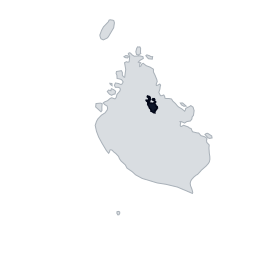 Wanju-gun, North Jeolla, South Korea shown in context, rotated 137°
{"feature_id": "91817680B60221740281290", "entity_name": "Wanju-gun", "entity_type": "district", "adm_level": 2, "iso_a3": "KOR", "parent_name": "South Korea", "parent_adm1": "North Jeolla", "projection": "orthographic", "projection_center": [127.185, 35.873], "detail": "fine", "context": "in_parent", "style": "filled", "palette": "ink", "viewbox_px": 256, "rotation_deg": 137, "n_neighbors": 0, "source": "geoboundaries", "source_scale": "gbopen_adm2", "svg_char_len": 4711}
<svg xmlns="http://www.w3.org/2000/svg" viewBox="0 0 256 256"><g transform="rotate(137 128 128)"><path d="M79.3,64.8L80.1,64.2L80.2,63.2L80.2,60.2L82.5,58.1L85.9,53.9L87.5,51.5L89.4,49.3L91.5,47.8L93.6,47.2L96.9,46.9L103.3,47.1L104.5,46.9L108.9,46.6L110.0,47.0L113.2,47.2L116.7,46.9L118.5,46.3L120.2,45.2L121.6,43.2L123.0,39.6L124.6,36.7L125.5,36.2L132.2,51.2L138.6,60.9L144.1,67.9L152.0,81.4L154.4,88.6L154.7,93.1L156.1,99.3L155.1,102.9L155.6,108.5L155.2,111.4L154.3,113.6L154.3,117.7L154.7,119.8L154.8,122.7L155.4,123.8L156.3,124.2L157.7,123.2L159.4,122.7L159.2,126.2L157.3,135.0L155.6,141.5L153.3,147.1L150.2,152.3L146.4,154.4L143.8,155.2L138.7,155.5L134.4,154.7L130.8,155.4L129.3,156.5L128.3,158.3L129.1,161.1L129.0,163.2L127.5,163.1L124.3,161.9L120.9,161.8L119.3,161.2L117.7,158.2L116.0,158.3L113.1,160.1L108.7,160.6L107.2,161.5L106.7,162.8L107.3,164.3L109.5,166.4L108.8,168.5L106.5,169.5L104.6,167.0L103.5,164.5L102.2,164.3L100.1,165.0L99.7,167.8L100.7,169.6L102.2,171.7L100.1,174.2L99.5,176.0L97.9,177.2L93.7,174.4L94.3,172.4L96.1,170.5L96.4,168.5L95.8,167.4L89.7,172.4L86.0,178.1L84.0,177.6L83.2,176.2L82.0,175.6L78.0,179.2L77.2,182.1L75.8,182.2L75.1,181.0L75.1,178.4L74.4,176.1L70.3,172.9L68.4,170.0L69.4,168.4L72.9,169.3L75.6,169.2L75.1,167.9L74.2,167.2L76.1,166.5L77.6,165.0L76.3,164.5L74.4,165.4L72.8,165.0L72.2,161.2L70.3,157.4L69.3,153.7L71.2,151.6L72.2,148.3L74.0,143.6L75.0,142.0L77.4,140.9L78.3,139.7L77.0,139.0L74.8,138.5L74.9,137.1L76.3,136.3L78.0,134.8L81.2,133.0L82.2,129.5L81.3,128.6L79.3,127.8L79.7,126.0L80.6,124.7L80.3,123.9L77.9,121.6L76.4,119.5L76.9,117.1L76.6,113.6L76.8,110.6L76.7,109.0L75.6,105.3L75.1,101.6L73.6,102.1L72.4,103.0L68.1,101.7L66.8,101.6L66.2,98.9L67.8,95.6L71.5,92.6L73.6,92.3L75.2,91.0L77.6,90.6L80.6,92.6L83.2,93.0L84.7,96.5L85.6,97.2L85.7,96.0L87.9,94.5L88.4,93.4L87.9,92.7L85.5,92.1L83.3,87.8L83.0,85.9L82.2,84.7L83.4,81.3L80.9,77.4L79.7,76.1L79.9,72.6L78.5,70.4L77.8,69.1L77.4,67.0L77.8,66.0L78.9,65.7L79.3,64.8ZM69.7,219.1L68.4,219.8L67.3,219.4L67.0,219.0L65.5,217.1L65.2,216.1L66.2,214.2L70.1,211.1L80.2,208.1L82.0,208.0L86.0,209.3L86.9,211.7L86.1,213.8L85.2,215.2L80.6,217.5L76.9,218.7L69.7,219.1ZM137.3,165.5L134.7,167.7L131.1,164.9L130.3,163.4L132.9,161.1L135.2,158.5L136.7,158.3L137.3,165.5ZM118.5,165.5L118.3,168.8L116.3,169.0L115.1,166.9L113.9,167.9L113.2,168.0L112.2,165.3L112.0,163.3L114.3,161.7L115.7,162.6L117.7,163.1L118.5,165.5ZM67.4,180.3L65.6,180.8L64.7,179.6L64.0,179.3L64.4,177.7L67.3,174.8L67.9,173.7L70.6,174.4L71.6,176.0L70.3,178.4L67.4,180.3ZM76.2,66.3L76.1,70.8L74.6,70.6L73.6,70.1L73.2,69.2L72.2,65.1L73.3,63.4L75.5,64.8L76.2,66.3ZM65.8,168.0L65.5,168.8L64.3,168.6L63.0,166.2L62.5,164.4L61.3,163.4L63.3,161.8L65.8,164.7L65.8,168.0ZM73.1,108.4L72.7,110.6L71.0,109.1L70.5,104.3L72.3,105.8L73.1,108.4ZM194.3,73.2L193.1,74.3L191.6,73.3L191.4,72.2L192.1,71.3L193.8,70.7L194.7,71.4L194.3,73.2ZM82.0,181.3L82.4,182.9L80.2,182.5L79.0,181.0L79.1,179.7L80.5,179.5L82.0,181.3ZM111.2,172.0L110.8,173.1L109.4,171.5L110.8,169.8L111.2,172.0Z" fill="#d9dde1" stroke="#a8b0b8" stroke-width="1"/><path d="M98.0,120.8L97.5,121.3L97.3,121.4L96.9,121.7L96.7,121.8L96.3,121.8L96.0,121.9L95.8,122.1L96.1,122.7L95.2,122.5L94.9,122.1L94.4,122.1L94.2,122.2L93.8,122.6L93.4,122.7L92.9,122.5L92.6,122.9L92.3,123.3L92.7,123.5L92.6,123.9L92.2,124.2L92.3,124.6L92.6,124.8L92.4,125.3L92.0,125.7L92.1,126.4L92.0,126.8L91.7,127.3L91.6,127.7L91.3,127.9L91.0,128.2L90.6,128.1L90.2,128.0L89.9,128.2L89.9,128.8L90.1,128.9L90.4,129.0L90.8,128.8L91.4,128.9L91.7,128.9L92.2,128.6L92.9,128.8L93.2,129.0L93.3,129.4L93.5,129.8L93.6,130.0L94.0,130.2L94.5,130.1L94.6,130.6L94.7,131.3L95.1,131.5L95.6,131.7L95.3,132.1L95.0,132.3L94.8,132.7L94.5,133.1L94.2,133.1L93.8,132.8L93.4,132.9L93.2,133.3L92.9,133.5L92.5,133.6L92.1,133.7L91.8,134.1L91.6,134.6L91.3,134.8L91.1,135.1L90.9,135.3L90.9,135.8L90.8,136.3L91.3,136.9L91.5,137.3L91.6,137.8L91.8,138.1L92.2,138.0L92.4,137.9L92.7,137.5L92.5,136.6L92.5,135.9L92.9,135.2L93.3,134.9L93.7,134.6L93.9,134.5L94.4,134.6L94.7,135.0L95.1,135.2L95.4,135.7L95.7,136.0L96.0,135.8L96.0,135.3L96.1,134.9L96.0,134.5L95.7,134.1L95.7,133.7L95.9,133.5L96.3,133.1L96.5,132.8L96.8,132.4L97.1,132.2L97.4,132.0L97.5,131.6L97.7,131.2L97.9,130.5L97.9,130.0L97.9,129.5L98.2,129.0L98.2,128.7L98.5,128.5L98.7,127.9L98.7,127.3L98.6,127.0L98.5,126.6L98.6,126.3L98.6,126.0L98.9,125.9L99.1,125.6L99.1,125.3L99.2,124.8L99.7,124.6L99.4,124.0L99.1,123.6L99.1,123.1L98.9,122.3L98.8,121.7L98.4,121.2L98.1,121.1L98.0,120.8ZM89.3,129.8L89.2,130.6L88.9,130.9L88.8,131.5L89.1,131.8L89.6,132.1L89.7,132.4L90.0,132.4L90.8,132.4L91.0,131.9L90.8,131.6L90.7,131.0L90.7,130.8L90.4,130.5L90.0,130.3L89.4,130.1L89.3,129.8Z" fill="#0f172a" stroke="#020617" stroke-width="1.5"/></g></svg>